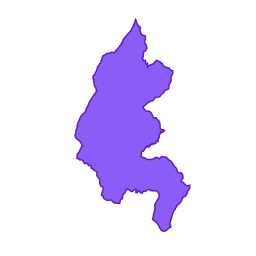 the district of Santa María, Boyacá, Colombia, rotated 353°
{"feature_id": "7082276B96191946256227", "entity_name": "Santa María", "entity_type": "district", "adm_level": 2, "iso_a3": "COL", "parent_name": "Colombia", "parent_adm1": "Boyacá", "projection": "robinson", "projection_center": [-73.238, 4.825], "detail": "fine", "context": "isolated", "style": "filled", "palette": "violet", "viewbox_px": 256, "rotation_deg": 353, "n_neighbors": 0, "source": "geoboundaries", "source_scale": "gbopen_adm2", "svg_char_len": 5874}
<svg xmlns="http://www.w3.org/2000/svg" viewBox="0 0 256 256"><g transform="rotate(353 128 128)"><path d="M73.7,152.0L74.8,152.3L75.3,152.5L76.3,153.9L77.8,153.9L78.3,154.1L79.6,155.4L79.7,156.5L80.1,157.3L80.8,157.9L81.6,158.2L83.0,158.0L83.7,158.4L84.0,158.7L83.9,160.0L84.3,160.5L84.7,160.6L86.0,160.5L86.5,160.7L86.8,161.5L86.5,163.1L86.7,163.4L88.6,164.9L89.3,166.0L91.0,167.0L91.5,167.6L91.8,168.7L91.7,169.5L91.2,171.1L91.8,172.6L93.4,175.1L93.5,175.7L93.5,177.4L93.2,179.8L93.7,181.5L94.0,182.4L94.6,183.0L95.7,183.6L96.1,184.3L95.9,185.6L95.1,187.7L94.1,189.2L93.5,191.6L94.4,191.8L95.3,194.6L95.8,195.2L97.9,197.0L99.1,197.4L101.1,197.3L102.0,197.5L102.8,197.9L103.4,198.5L104.3,199.9L105.4,200.7L110.4,201.8L110.8,201.5L111.1,199.8L111.7,198.4L112.5,197.7L113.6,197.7L113.8,197.3L114.4,194.5L115.7,192.9L117.0,192.0L118.6,189.4L119.5,188.5L119.8,188.5L121.6,189.5L123.5,191.4L125.0,191.3L126.9,189.9L128.2,189.7L128.6,190.5L127.8,192.9L128.5,193.4L129.3,193.3L130.6,191.7L131.4,192.0L132.7,193.9L133.4,194.3L134.3,194.3L134.7,193.7L135.0,192.9L136.0,192.7L137.3,193.1L138.1,192.8L139.1,191.9L140.2,191.3L142.0,191.7L142.6,192.8L142.9,193.0L143.9,192.8L145.7,193.6L148.1,193.6L148.7,193.8L150.3,196.1L150.9,199.1L150.8,199.9L145.4,207.0L145.0,209.4L145.1,210.6L144.2,213.9L142.6,217.4L142.3,219.5L141.3,220.9L141.3,221.3L141.7,222.2L144.8,225.4L146.3,227.8L146.7,228.7L147.0,230.3L148.4,233.2L149.1,234.1L150.0,234.5L151.4,234.8L152.9,234.6L153.8,234.1L155.0,233.2L155.9,232.6L157.7,231.8L158.3,231.8L158.4,229.8L157.8,229.8L157.7,228.2L158.4,227.2L158.5,226.5L159.0,225.2L159.2,224.2L159.9,223.4L160.2,221.8L161.1,220.6L161.5,219.2L163.0,216.3L163.7,215.8L164.1,214.7L165.0,214.4L165.1,213.7L165.7,213.1L165.9,212.6L166.2,212.5L167.0,211.2L168.2,210.6L168.2,209.8L169.8,209.3L172.1,207.0L172.8,205.9L172.9,204.7L173.4,204.0L175.3,203.0L176.5,202.8L177.5,201.7L177.6,201.0L178.1,201.1L178.3,200.9L179.3,198.1L180.8,196.5L181.7,195.2L182.2,194.9L182.1,193.1L182.3,192.4L181.3,192.6L179.0,192.3L178.4,192.0L177.9,191.5L176.3,188.7L175.0,188.4L174.6,188.0L174.6,186.8L174.9,185.9L175.3,185.4L176.3,184.8L176.6,183.7L176.6,181.7L175.8,179.4L174.7,178.6L173.5,178.9L172.8,178.8L172.3,178.3L171.8,177.4L171.3,175.9L171.3,174.5L170.5,172.9L169.5,172.2L168.9,170.6L168.3,169.7L167.7,168.0L167.0,166.8L165.8,165.4L164.4,164.7L164.3,164.1L163.1,162.6L162.7,161.9L161.9,161.4L160.5,161.3L159.4,160.9L158.5,160.4L157.3,160.8L156.1,162.0L155.1,162.2L154.3,161.4L153.0,160.7L152.0,160.7L150.6,161.1L149.5,161.7L147.8,162.1L143.9,161.7L142.6,161.3L141.3,160.0L138.0,158.4L137.7,158.0L137.6,157.4L138.3,154.1L139.1,152.6L139.7,152.6L140.5,152.9L140.9,152.2L141.2,152.0L142.2,150.8L143.2,149.9L143.6,148.8L144.4,149.0L144.6,148.9L145.1,148.3L145.5,148.7L146.0,149.5L146.4,149.4L146.5,148.6L147.2,148.6L147.3,147.6L147.6,147.5L148.0,147.8L148.5,147.1L148.9,147.0L149.2,146.6L149.7,147.5L150.0,147.4L150.0,146.9L150.4,146.7L150.9,146.3L151.2,146.4L151.5,147.0L152.0,146.8L152.7,147.0L153.9,146.3L154.0,145.3L154.4,144.7L156.1,145.1L156.5,144.2L156.8,142.3L157.9,141.1L157.9,139.5L158.3,138.2L158.5,138.0L159.3,137.8L159.8,137.2L159.9,136.5L159.7,135.9L159.8,135.6L160.3,135.8L160.8,136.5L161.3,136.7L161.8,136.5L162.4,135.8L163.5,135.5L163.8,135.0L162.9,134.0L161.1,133.7L160.1,133.0L159.9,131.8L160.2,128.0L160.0,126.3L159.4,124.6L157.7,122.6L157.3,121.4L157.0,121.3L154.7,121.1L154.2,120.8L153.9,118.9L153.5,117.7L152.8,115.8L152.0,114.6L150.7,113.9L148.5,113.6L146.5,111.6L146.1,110.5L145.3,109.3L145.9,108.6L147.7,107.6L150.4,105.5L152.5,104.7L153.8,104.0L156.3,103.9L158.1,101.7L159.1,101.0L163.3,100.8L165.3,98.6L167.1,97.6L169.8,94.9L172.3,94.6L172.9,94.1L173.2,93.8L173.5,91.7L173.9,90.5L176.5,86.4L176.7,83.7L176.9,83.0L177.9,81.0L179.1,79.4L179.3,78.0L179.1,77.2L179.4,76.6L178.9,76.5L178.3,76.8L177.4,75.5L176.3,74.3L175.9,73.3L175.2,73.2L172.9,72.1L172.0,71.9L171.6,71.3L171.0,70.8L170.8,70.3L170.3,69.8L169.8,68.3L169.5,68.0L168.6,67.7L168.7,67.0L168.4,66.6L166.6,65.6L165.7,64.8L165.0,64.4L164.3,64.3L163.6,65.3L162.3,65.9L162.0,66.2L161.9,66.8L161.4,67.2L160.2,67.7L158.3,67.9L155.8,69.0L155.0,69.7L155.2,68.3L155.0,67.7L155.2,66.6L155.2,66.2L154.2,66.9L153.6,66.7L153.4,66.0L153.7,64.2L153.6,63.0L153.1,62.9L151.7,63.2L151.4,63.1L151.3,62.6L151.6,61.9L151.4,61.5L150.8,61.2L150.7,60.2L151.0,59.7L151.8,59.3L152.1,56.9L152.4,56.0L152.8,54.3L153.5,53.8L154.6,53.8L154.9,53.6L155.6,52.0L156.3,51.6L156.6,51.2L156.2,49.0L156.1,47.3L155.0,46.5L154.9,46.0L155.1,45.0L155.2,43.4L156.1,42.1L156.5,39.5L156.0,38.4L154.1,37.8L152.8,36.7L152.2,35.9L152.3,35.2L152.1,33.9L151.8,33.5L151.8,32.6L152.1,30.9L152.4,30.7L152.7,30.1L152.2,29.5L152.2,28.9L150.8,28.6L150.6,28.4L150.6,27.7L149.3,24.6L149.3,22.9L148.7,21.2L148.3,21.7L147.7,23.8L145.9,26.7L145.5,28.0L144.6,29.1L142.6,31.9L140.4,33.7L135.0,38.7L134.3,39.2L133.1,41.8L132.2,42.5L131.6,43.4L131.5,44.4L131.0,44.9L130.0,45.4L127.0,48.6L125.6,49.5L124.0,51.2L123.1,51.8L122.4,51.2L121.7,50.9L120.2,51.0L117.7,51.7L116.8,51.3L116.3,51.3L114.4,52.4L111.7,53.5L111.1,54.5L110.7,56.5L110.1,57.3L109.5,57.7L109.4,58.7L108.8,60.0L108.3,60.6L107.9,60.6L107.4,61.1L106.9,62.3L106.5,62.4L106.0,63.0L105.1,63.6L105.0,64.8L104.1,66.0L103.9,67.3L102.4,69.0L102.0,70.4L99.8,71.9L99.3,74.6L99.9,75.7L99.6,76.8L99.7,77.2L99.6,78.6L100.0,81.1L100.1,83.0L100.7,83.4L101.0,84.2L101.0,85.8L101.3,86.8L101.0,88.0L100.6,88.6L97.7,91.5L96.5,93.1L96.0,93.5L95.9,94.0L93.1,97.1L91.5,100.2L89.0,103.6L88.9,104.3L88.4,105.0L87.5,106.7L86.4,107.8L85.3,108.3L84.4,109.0L82.6,110.7L81.9,111.8L80.4,114.6L79.2,116.1L78.2,119.1L77.8,119.5L77.7,120.0L77.7,121.6L77.4,122.1L76.3,123.3L75.8,125.7L74.6,128.6L74.5,129.2L74.9,130.8L76.3,133.2L77.2,133.6L78.9,135.8L79.7,137.6L80.4,139.9L80.8,140.2L79.7,140.5L79.5,140.8L79.3,141.7L78.1,143.2L77.6,144.1L77.5,144.4L76.4,146.1L74.3,148.1L73.7,152.0Z" fill="#8b5cf6" stroke="#5b21b6" stroke-width="1.5"/></g></svg>